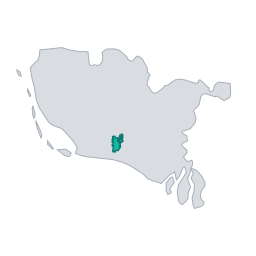 Amsterdam, Noord-Holland, Netherlands shown in context, rotated 265°
{"feature_id": "6326949B30737301574950", "entity_name": "Amsterdam", "entity_type": "district", "adm_level": 2, "iso_a3": "NLD", "parent_name": "Netherlands", "parent_adm1": "Noord-Holland", "projection": "albers", "projection_center": [4.983, 52.355], "detail": "fine", "context": "in_parent", "style": "filled", "palette": "teal", "viewbox_px": 256, "rotation_deg": 265, "n_neighbors": 0, "source": "geoboundaries", "source_scale": "gbopen_adm2", "svg_char_len": 5525}
<svg xmlns="http://www.w3.org/2000/svg" viewBox="0 0 256 256"><g transform="rotate(265 128 128)"><path d="M163.5,233.6L158.8,233.5L154.4,233.4L152.1,233.0L149.6,231.9L148.5,229.7L147.1,226.9L147.4,225.2L151.5,220.4L152.1,219.1L151.6,218.4L152.0,216.3L155.1,209.1L155.5,206.2L154.1,204.2L152.0,203.0L145.4,201.0L142.2,198.0L140.8,195.4L139.3,194.7L137.2,195.6L131.7,196.6L127.3,195.2L122.0,190.3L120.8,185.8L120.2,182.5L118.9,181.3L117.1,183.0L114.9,185.8L110.5,186.1L109.3,185.5L109.1,183.9L108.8,182.5L107.6,180.7L106.3,179.7L100.8,184.7L98.7,184.7L96.1,182.7L94.8,180.8L92.0,181.9L89.4,184.2L90.2,188.6L88.8,189.4L85.7,189.0L82.1,187.2L78.1,186.0L72.1,182.9L63.7,185.2L57.9,182.2L53.0,181.8L50.0,179.4L46.9,175.3L49.2,172.7L51.5,171.9L60.4,171.5L66.8,173.2L78.3,182.0L81.2,182.0L84.4,180.9L82.8,178.6L79.9,177.4L75.6,175.0L72.2,171.7L80.3,170.7L79.2,169.0L78.2,166.1L69.8,156.0L71.3,153.2L73.5,147.4L76.2,142.6L78.3,141.3L81.9,137.9L89.5,127.9L94.3,119.7L97.9,110.0L103.2,83.1L104.8,78.6L107.2,73.5L110.3,74.5L112.5,75.9L120.1,72.1L133.2,62.1L137.0,53.5L140.7,49.5L155.6,41.5L163.8,39.1L176.5,38.3L185.6,36.7L196.6,35.9L201.0,40.6L203.5,44.1L207.5,45.9L213.6,47.1L213.5,54.0L213.9,67.8L213.5,70.2L211.0,76.1L208.3,86.6L207.7,93.5L206.9,94.8L195.1,95.0L193.5,96.3L193.3,97.8L193.9,99.5L193.7,101.3L192.8,102.7L193.3,105.0L195.4,107.5L199.2,109.0L203.2,109.0L205.3,108.7L206.8,110.5L208.4,113.3L208.4,116.9L207.9,121.7L206.2,126.1L200.8,131.4L198.4,133.3L196.1,134.2L195.0,135.6L194.6,137.3L194.7,138.8L198.7,142.8L198.7,143.8L197.6,145.9L196.1,148.0L186.1,152.4L181.9,152.1L179.5,154.3L178.8,154.7L176.1,152.8L170.2,150.7L168.0,151.5L166.7,152.7L163.0,154.2L160.4,156.6L160.4,159.5L165.3,167.1L167.0,168.6L167.1,171.4L169.4,174.9L171.9,179.4L172.2,182.2L171.9,185.1L170.8,189.2L166.8,198.8L166.8,200.7L167.2,202.1L168.6,202.4L169.7,203.1L169.4,204.4L161.7,211.2L160.7,212.3L157.5,212.1L157.0,213.2L157.4,215.0L158.7,216.5L161.5,217.3L163.9,218.9L165.9,222.2L163.5,233.6ZM82.1,187.2L81.4,189.9L79.6,192.9L73.5,197.3L67.1,200.0L63.9,199.6L61.6,198.1L60.5,196.5L57.1,194.9L52.5,194.0L49.5,195.6L47.4,197.2L45.6,196.9L44.3,195.5L43.3,193.5L42.1,187.1L45.6,186.1L53.0,185.8L58.8,188.1L66.4,189.3L72.3,186.3L76.9,189.0L82.1,187.2ZM69.8,161.2L74.2,165.2L75.1,166.5L75.5,167.9L69.8,169.4L63.9,164.4L59.9,165.5L58.5,163.1L58.5,161.7L62.6,160.5L69.8,161.2ZM112.4,64.0L108.1,69.2L105.4,67.8L104.6,66.6L106.0,62.5L112.5,55.8L112.4,64.0ZM131.7,40.9L127.6,41.5L125.7,40.5L135.5,37.6L141.7,36.7L142.9,37.0L131.7,40.9ZM158.0,35.4L149.4,36.7L146.4,35.8L146.0,34.9L148.3,34.4L155.6,34.2L157.9,34.9L158.0,35.4ZM122.2,46.7L114.1,52.0L113.4,51.2L118.6,46.5L122.2,46.7ZM192.8,25.7L188.8,26.0L189.9,24.0L193.6,22.5L195.6,22.4L192.8,25.7ZM175.5,31.3L169.4,33.9L167.9,33.4L168.3,32.7L173.6,31.0L175.5,31.3Z" fill="#d9dde1" stroke="#a8b0b8" stroke-width="1"/><path d="M113.4,119.1L113.5,119.1L113.6,118.9L113.4,118.7L113.5,118.7L113.6,118.2L114.0,118.0L114.0,117.9L114.3,117.8L114.5,117.9L114.8,117.9L115.1,117.7L115.3,117.6L115.7,117.0L115.7,116.9L115.9,116.6L116.0,116.4L116.3,116.5L117.4,117.4L117.5,117.4L117.8,117.4L118.0,117.3L118.0,117.2L118.2,116.9L119.2,116.5L119.1,114.9L120.5,114.3L121.0,114.0L120.8,112.1L120.5,111.9L120.4,111.9L120.3,112.0L120.0,111.9L119.7,112.0L119.4,111.9L119.2,111.9L118.9,111.9L118.8,112.0L118.8,111.9L118.7,111.7L118.4,111.6L117.5,111.3L117.1,111.3L116.9,111.4L116.9,111.5L116.7,111.2L116.3,111.5L115.5,111.5L115.4,111.5L115.3,111.4L115.3,111.5L115.2,111.5L115.0,112.0L114.9,112.1L114.6,112.3L114.4,112.3L113.9,111.9L113.7,111.8L113.4,111.6L113.2,111.5L113.1,111.4L112.9,111.3L112.7,111.3L112.2,111.3L112.2,111.2L112.1,111.3L112.0,111.2L111.9,111.2L111.7,110.9L111.6,111.0L111.6,110.9L111.4,110.9L111.3,111.0L111.1,111.3L111.2,111.6L111.0,111.9L110.5,111.8L107.1,111.0L105.8,110.8L105.3,113.1L106.6,113.3L106.6,113.6L106.6,113.9L106.7,114.1L106.7,114.3L106.7,114.6L106.6,114.8L106.6,115.0L106.6,115.4L106.5,116.2L106.5,116.3L107.3,116.8L108.1,117.4L108.4,117.8L109.2,118.4L109.3,118.5L109.6,118.6L110.3,118.5L110.3,118.4L110.5,118.2L110.5,118.3L110.7,118.2L111.0,118.2L111.0,118.3L111.0,118.9L112.8,118.8L113.1,118.9L113.2,119.0L113.3,119.0L113.4,119.1ZM115.5,122.0L115.8,121.9L116.0,121.9L116.0,122.0L116.0,121.9L116.1,121.7L116.3,121.5L116.7,121.2L117.0,121.2L117.3,121.3L117.4,121.2L117.5,121.0L117.5,120.8L117.6,120.7L117.8,120.4L118.0,120.2L118.2,120.3L118.3,120.3L118.4,121.2L118.4,121.7L118.5,121.8L118.6,121.6L118.8,121.3L118.9,121.5L119.0,121.5L119.3,121.6L119.6,121.6L119.7,121.3L119.8,121.4L120.1,121.2L120.3,121.4L120.3,121.5L120.4,121.8L120.3,122.0L120.9,122.1L121.2,122.0L121.4,121.8L122.0,121.9L122.1,121.7L122.0,121.4L121.9,121.2L122.1,120.9L122.3,120.7L122.2,120.6L121.9,120.6L121.8,120.4L121.7,120.2L121.8,120.0L121.8,119.9L121.9,119.7L122.0,119.7L121.8,119.6L121.6,119.5L121.6,119.4L121.3,119.3L121.3,119.2L121.2,119.2L120.9,119.1L120.7,119.0L120.6,118.9L120.4,118.8L120.4,119.0L120.2,119.2L120.1,119.3L120.1,119.2L120.2,118.9L120.2,118.7L119.7,118.5L119.4,118.5L119.5,118.5L119.4,118.4L119.2,118.3L118.9,118.2L118.7,118.2L118.4,118.2L118.2,118.3L118.3,118.4L118.3,118.8L118.2,118.8L118.2,118.7L117.8,119.1L117.5,119.3L117.4,119.4L117.3,119.2L117.1,118.7L117.0,118.4L116.8,118.2L116.7,118.2L116.4,118.2L116.3,118.3L116.2,118.5L116.0,118.4L115.3,118.8L115.1,118.4L114.8,118.6L114.7,118.7L114.7,118.8L114.8,118.9L114.8,119.0L114.7,119.3L114.6,119.5L114.3,119.8L114.3,120.0L114.5,120.2L114.5,120.3L115.1,121.3L115.3,121.7L115.5,122.0Z" fill="#14b8a6" stroke="#0f766e" stroke-width="1.5"/></g></svg>